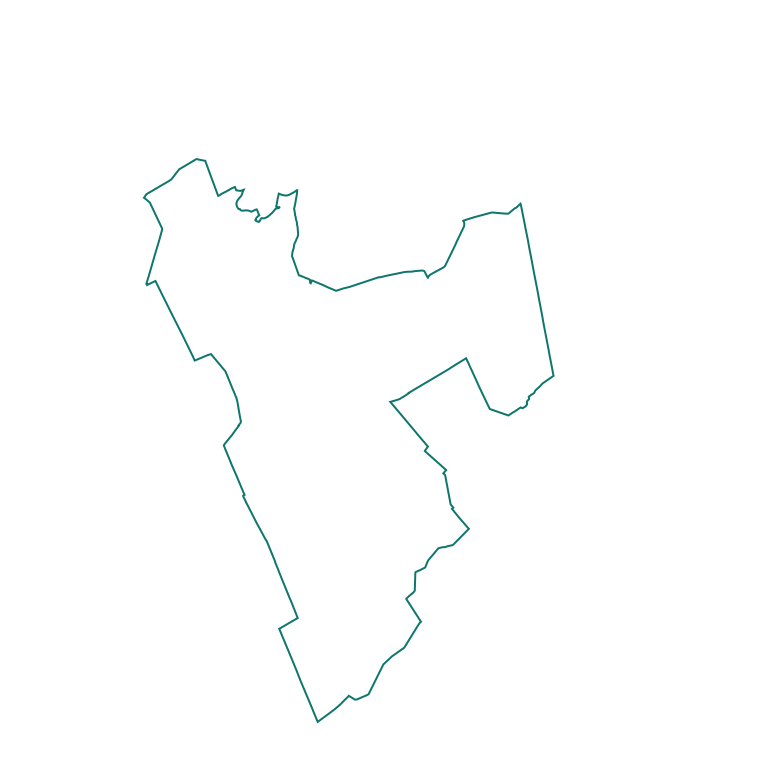 Albesti, Constanta, Romania (Robinson projection), rotated 246°
{"feature_id": "2599482B76974698099004", "entity_name": "Albesti", "entity_type": "district", "adm_level": 2, "iso_a3": "ROU", "parent_name": "Romania", "parent_adm1": "Constanta", "projection": "robinson", "projection_center": [28.424, 43.8], "detail": "fine", "context": "isolated", "style": "outline", "palette": "teal", "viewbox_px": 768, "rotation_deg": 246, "n_neighbors": 0, "source": "geoboundaries", "source_scale": "gbopen_adm2", "svg_char_len": 6058}
<svg xmlns="http://www.w3.org/2000/svg" viewBox="0 0 768 768"><g transform="rotate(246 384 384)"><path d="M102.3,186.0L102.5,186.9L106.1,203.2L107.0,207.0L109.2,214.2L111.5,220.0L112.9,223.9L113.5,225.0L107.9,228.8L107.5,229.1L107.0,230.2L106.9,231.0L106.8,234.8L106.7,242.5L107.0,243.9L128.1,269.4L132.0,280.7L134.9,295.3L148.2,314.8L151.3,319.5L151.8,321.1L178.6,316.9L179.0,317.6L180.2,321.1L181.4,325.4L182.0,327.0L182.5,327.8L183.0,328.2L198.9,335.9L199.2,336.3L199.4,336.7L199.4,337.1L199.3,338.6L199.4,343.2L199.6,346.5L199.7,347.0L200.3,347.7L203.7,351.2L205.0,352.8L211.8,366.8L211.8,367.2L211.2,370.4L210.7,372.3L209.9,373.6L210.1,375.1L209.9,376.3L209.0,380.8L208.8,381.1L209.0,381.8L217.2,402.6L230.9,398.4L242.3,395.3L242.8,397.0L246.9,395.9L275.9,402.8L278.2,401.8L280.1,405.8L306.2,394.0L306.3,394.1L309.0,398.7L319.4,395.6L327.8,393.2L337.0,390.6L365.1,382.5L364.9,383.2L364.9,384.1L364.5,386.5L364.1,390.2L363.9,391.6L363.9,392.4L364.1,393.7L364.3,394.7L364.4,396.0L364.6,397.6L364.9,399.6L365.2,401.1L365.5,403.4L365.6,403.6L365.9,403.4L371.3,449.6L371.6,451.0L373.2,462.5L374.1,469.5L371.9,469.5L368.1,469.6L362.9,469.6L360.1,469.7L349.0,469.8L343.2,469.8L323.3,470.3L318.1,470.5L304.6,484.9L304.9,486.3L305.5,489.9L305.8,492.5L307.0,499.3L305.5,500.7L306.0,504.5L306.3,504.7L306.9,506.1L307.2,506.3L307.7,506.6L309.3,507.2L310.1,507.8L310.3,508.2L310.6,509.0L310.8,509.6L311.3,510.5L311.5,510.6L313.4,511.0L313.5,511.1L313.6,511.3L313.7,512.0L314.3,514.1L314.3,515.8L314.5,516.3L314.8,517.6L316.3,519.4L316.7,520.2L318.6,525.9L320.0,529.0L322.5,542.2L333.6,544.8L341.9,546.7L348.4,548.3L374.2,554.3L382.5,556.4L391.5,558.5L400.2,560.5L403.5,561.4L425.6,566.5L442.4,570.5L447.8,571.7L457.4,574.1L465.6,575.9L467.9,576.4L472.0,577.4L492.4,582.0L493.2,582.0L492.6,580.5L491.2,576.1L491.3,575.2L491.3,574.9L489.1,567.2L489.1,566.8L489.2,566.4L490.4,564.0L493.8,557.7L496.5,553.0L497.0,551.5L498.4,542.2L499.5,535.4L500.5,527.3L500.9,523.3L500.9,522.9L500.7,522.9L500.6,522.7L499.6,522.9L499.1,522.9L498.2,522.7L497.4,522.4L495.6,521.4L494.9,520.6L490.4,515.3L484.3,508.1L483.9,507.6L483.0,506.8L481.1,504.6L467.6,488.5L466.8,487.4L466.7,487.2L466.4,486.3L466.3,485.4L465.3,473.2L465.0,470.5L464.7,469.6L464.5,469.0L464.0,468.2L463.2,467.4L463.3,467.2L470.3,466.8L471.0,466.6L471.3,466.3L472.4,464.4L474.6,458.0L475.0,456.4L475.0,456.0L475.3,455.5L475.9,453.6L476.0,453.3L476.9,451.3L477.8,448.7L478.2,447.3L478.3,446.3L478.4,446.1L481.9,430.1L483.1,423.6L483.2,423.4L483.4,423.3L483.6,423.0L483.7,422.3L486.7,392.0L487.9,385.3L488.6,378.2L494.7,372.4L499.2,368.5L507.3,360.9L507.9,360.3L505.8,358.0L506.2,357.7L507.0,357.9L508.7,358.5L509.3,358.7L510.0,358.1L510.3,358.1L513.3,355.1L516.6,352.0L517.7,350.6L518.0,350.5L520.0,350.6L536.0,351.9L537.0,351.9L537.8,351.9L538.3,352.0L539.0,352.5L540.0,353.0L540.8,353.4L541.5,353.9L543.5,355.5L545.0,356.9L547.1,358.1L547.7,358.5L548.8,359.5L550.6,361.7L551.8,362.8L553.0,364.3L554.7,365.9L555.2,366.2L555.8,366.5L560.3,368.1L561.3,368.4L562.2,368.8L563.3,369.1L564.2,369.2L565.1,369.4L566.7,370.0L567.3,370.2L568.0,370.3L570.2,370.5L572.8,371.3L574.5,371.4L574.7,371.5L575.7,372.0L577.1,372.2L578.4,372.7L579.7,372.9L580.6,373.1L583.9,375.6L593.4,382.0L596.3,383.5L596.5,383.1L595.8,380.1L595.4,374.0L595.8,371.6L597.1,369.3L598.4,367.6L600.7,365.3L597.9,363.3L596.9,362.4L593.2,360.0L591.2,358.7L590.2,357.8L590.0,357.7L589.7,357.7L589.4,358.0L588.8,359.0L588.4,359.4L588.2,359.8L588.1,360.3L587.8,360.3L587.7,360.1L587.6,359.6L587.6,359.1L587.8,358.7L587.9,358.1L587.9,357.8L587.9,357.5L588.0,357.1L588.1,356.8L588.1,356.3L588.0,355.9L587.9,355.7L587.4,354.6L587.2,354.3L586.8,353.4L586.6,353.2L585.7,351.1L585.1,349.0L584.8,348.3L584.1,345.7L584.1,344.8L584.0,344.7L584.0,342.7L584.2,341.8L584.6,340.7L585.2,340.0L585.3,339.6L584.9,338.5L583.6,337.1L583.7,336.6L583.5,336.2L583.0,335.9L583.1,335.4L583.8,334.6L584.4,334.0L584.6,333.6L586.2,333.2L586.5,334.1L587.0,334.3L587.5,334.7L587.8,335.3L588.1,336.0L588.2,336.5L588.5,337.2L588.7,338.2L588.9,338.2L588.9,338.6L589.2,338.6L594.1,338.8L595.1,338.7L595.3,338.7L595.5,337.1L595.3,333.1L595.5,332.7L596.1,332.2L596.8,331.6L598.0,330.0L598.6,328.9L599.2,327.4L599.3,326.5L600.3,324.5L600.8,324.0L601.3,323.6L602.1,323.6L602.3,323.5L602.6,323.2L603.1,322.4L603.8,322.1L605.4,321.9L606.7,322.0L608.0,322.2L609.1,322.7L609.9,323.2L611.4,325.0L612.5,327.0L613.4,328.9L613.7,329.7L614.1,330.4L614.8,331.1L616.7,332.8L618.5,334.8L618.8,331.4L621.0,327.8L624.6,327.9L624.7,325.2L624.7,324.1L624.3,321.4L624.2,320.5L624.2,320.0L624.3,319.4L624.0,318.3L624.0,316.9L623.9,315.6L623.8,312.8L623.8,312.5L623.4,311.3L623.3,309.9L623.3,309.0L646.6,310.5L660.6,311.5L660.9,311.0L661.5,310.1L664.3,306.1L665.3,304.9L665.7,304.2L665.7,303.3L665.2,299.3L663.5,284.6L663.4,284.1L657.4,272.9L657.3,272.4L656.9,270.1L655.6,258.2L655.4,257.0L655.2,254.7L654.7,250.5L654.2,245.6L654.0,244.2L653.8,243.7L651.8,240.8L651.7,240.5L649.4,241.8L647.2,242.8L645.4,243.7L644.8,243.9L618.3,244.5L616.7,244.6L616.1,244.5L615.6,244.3L615.1,244.0L605.9,236.4L597.4,229.1L585.8,219.3L579.0,213.6L572.2,207.7L571.7,208.4L571.2,207.9L570.8,207.8L571.1,217.1L555.7,217.7L531.9,218.7L520.2,219.3L509.8,219.8L490.2,220.5L487.3,220.6L482.4,220.6L482.2,228.4L482.2,232.9L481.7,238.1L459.9,244.3L444.1,243.8L442.1,243.7L438.4,243.7L436.3,243.6L435.1,243.6L433.9,243.5L433.1,243.5L432.9,243.5L431.9,243.7L430.6,243.3L429.3,243.2L426.8,242.7L417.9,240.4L411.8,238.9L408.7,238.2L408.0,238.0L407.4,237.7L406.8,237.1L405.3,234.2L404.9,234.4L402.5,230.0L399.0,224.0L397.7,221.3L396.9,219.8L396.0,217.9L394.5,215.0L393.9,213.9L393.5,213.4L393.1,212.7L389.5,212.5L381.3,212.3L371.3,212.0L358.5,211.9L347.3,211.6L339.4,211.5L339.4,210.2L339.1,209.8L338.6,209.7L337.1,209.7L332.0,210.0L331.9,209.8L328.6,210.1L309.6,211.1L289.9,212.6L288.5,213.0L265.8,212.3L265.7,212.1L256.5,211.8L256.2,211.7L226.0,210.7L224.5,210.8L205.3,210.0L203.0,188.7L202.8,188.7L169.1,187.9L159.1,187.6L145.9,187.0L125.0,186.6L115.5,186.4L114.4,186.3L102.3,186.0Z" fill="none" stroke="#0f766e" stroke-width="2"/></g></svg>